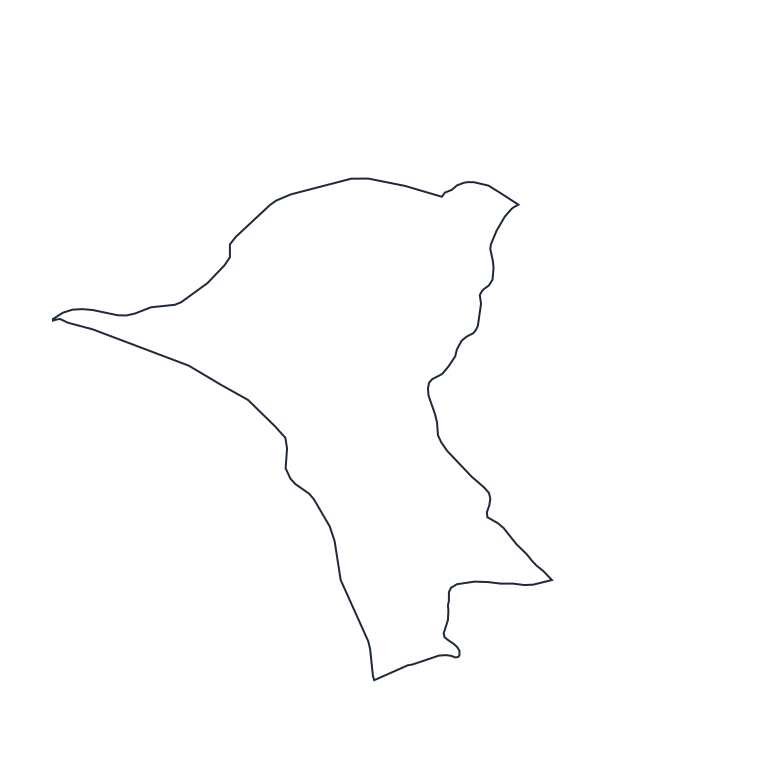 an SVG outline of Ibaraki, rotated 141°
{"feature_id": "JPN-1856", "entity_name": "Ibaraki", "entity_type": "Prefecture", "adm_level": 1, "iso_a3": "JPN", "parent_name": "Japan", "parent_adm1": "", "projection": "robinson", "projection_center": [140.305, 36.33], "detail": "fine", "context": "isolated", "style": "outline", "palette": "slate", "viewbox_px": 768, "rotation_deg": 141, "n_neighbors": 0, "source": "natural_earth", "source_scale": "10m", "svg_char_len": 1750}
<svg xmlns="http://www.w3.org/2000/svg" viewBox="0 0 768 768"><g transform="rotate(141 384 384)"><path d="M578.0,160.0L576.5,163.8L561.7,186.6L558.2,193.8L541.0,259.0L521.3,292.9L515.8,307.5L511.0,338.8L511.2,345.6L515.9,362.3L516.3,369.3L513.5,380.4L500.0,394.8L494.5,404.2L495.4,420.3L499.7,457.1L511.1,485.7L524.2,521.1L576.0,609.8L591.0,630.4L594.9,638.5L598.8,640.6L601.3,641.6L600.5,642.8L588.8,641.5L579.5,637.9L571.5,632.2L563.8,624.8L547.7,605.0L541.1,599.4L533.2,595.5L516.9,590.3L496.7,577.2L490.1,575.2L457.6,573.5L432.9,576.7L423.9,579.5L415.9,589.5L406.6,591.6L359.6,594.9L352.4,594.4L337.1,590.0L280.3,564.2L266.9,553.5L243.0,524.7L221.2,493.1L216.2,494.4L209.1,492.2L202.2,492.4L195.3,490.1L191.9,488.2L187.2,484.3L178.0,472.5L175.7,465.9L173.9,460.9L166.7,438.8L171.7,439.7L174.9,439.8L184.6,438.1L200.0,432.3L212.9,425.3L216.4,422.1L221.7,411.6L225.6,405.5L234.0,396.8L240.5,394.6L246.2,394.9L249.4,394.6L253.6,392.8L258.1,385.3L274.7,369.9L279.0,368.0L282.8,367.3L289.4,368.7L292.5,368.9L296.6,368.7L305.6,365.0L311.2,360.7L322.6,357.1L332.6,355.2L343.4,357.4L348.0,356.7L352.7,352.8L356.7,347.0L363.6,327.8L367.2,320.4L374.3,310.3L376.2,302.8L377.0,292.2L374.2,256.6L371.3,240.6L371.0,233.3L373.5,228.0L378.7,223.3L384.8,219.6L387.5,215.4L383.2,204.4L381.7,196.9L381.9,176.0L380.2,161.9L380.3,154.2L379.8,147.0L377.9,138.4L376.9,126.0L394.4,134.2L401.4,139.4L409.6,147.9L419.0,155.5L427.7,164.5L437.8,173.3L453.3,182.5L460.2,183.5L464.5,181.4L470.1,174.6L473.6,171.7L476.6,167.3L482.9,160.3L494.5,152.7L496.3,149.2L495.2,144.1L493.3,137.9L492.7,133.2L493.3,129.0L496.4,125.5L498.4,125.2L501.0,127.0L502.8,130.4L506.7,134.5L512.3,138.4L538.7,148.2L542.4,150.4L578.0,160.0Z" fill="none" stroke="#1e293b" stroke-width="2"/></g></svg>